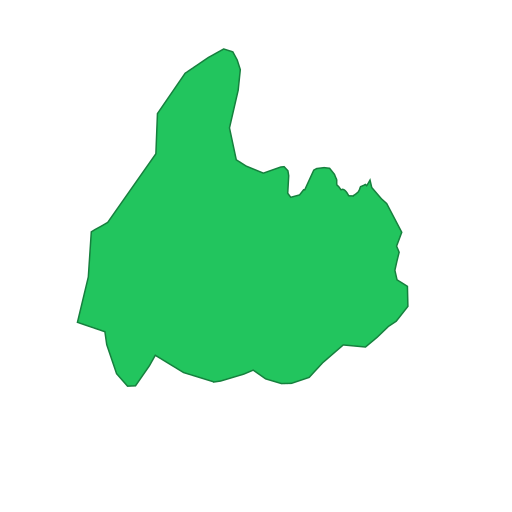 Ijebu North East, Ogun, Nigeria (Equal Earth projection), rotated 206°
{"feature_id": "59680162B36139632039116", "entity_name": "Ijebu North East", "entity_type": "district", "adm_level": 2, "iso_a3": "NGA", "parent_name": "Nigeria", "parent_adm1": "Ogun", "projection": "equal_earth", "projection_center": [3.998, 6.879], "detail": "fine", "context": "isolated", "style": "filled", "palette": "green", "viewbox_px": 512, "rotation_deg": 206, "n_neighbors": 0, "source": "geoboundaries", "source_scale": "gbopen_adm2", "svg_char_len": 1751}
<svg xmlns="http://www.w3.org/2000/svg" viewBox="0 0 512 512"><g transform="rotate(206 256 256)"><path d="M414.6,205.5L397.5,163.6L387.4,118.1L358.6,121.7L351.3,110.9L329.7,89.1L314.4,82.7L307.4,86.5L303.7,110.6L303.0,122.6L270.0,119.5L239.2,124.3L238.9,124.1L233.0,128.1L215.1,144.6L208.5,152.2L193.5,149.8L177.2,152.5L168.3,157.1L155.0,170.2L149.3,189.3L138.6,214.3L117.7,222.2L111.4,236.3L106.1,250.8L101.4,258.8L97.4,277.3L106.6,295.1L118.8,296.4L124.9,304.0L127.1,313.2L129.0,322.1L134.0,326.5L135.4,341.2L161.5,360.4L168.4,362.4L182.0,368.3L186.8,374.2L186.9,372.5L187.0,370.8L187.2,368.8L187.4,367.7L188.5,368.1L189.0,368.3L189.2,368.1L189.5,367.7L189.8,367.1L190.2,366.7L190.5,366.4L190.7,366.1L191.0,365.8L191.1,365.5L191.6,365.1L192.0,364.6L192.4,364.2L192.4,363.7L192.4,363.2L192.3,362.5L192.2,361.8L192.1,361.2L192.1,360.5L192.1,359.9L192.2,359.2L192.2,358.6L192.3,358.1L192.4,357.8L192.8,357.1L193.1,356.2L193.6,355.3L194.0,354.5L194.4,353.8L194.8,353.3L195.0,353.1L195.0,352.8L194.9,352.5L196.5,351.9L197.5,351.4L198.5,351.0L198.9,350.8L199.6,351.1L200.4,351.7L201.4,352.3L201.6,352.5L202.5,353.0L203.6,353.5L204.7,353.9L205.7,354.1L206.5,354.1L207.5,353.9L208.0,353.3L208.6,352.8L209.3,353.1L211.1,354.1L212.3,354.7L214.2,355.2L214.9,355.9L215.9,357.9L216.7,359.6L217.4,360.4L218.3,361.1L219.8,362.4L221.3,363.8L228.3,367.1L233.5,365.3L239.8,361.2L241.7,358.5L241.2,336.8L242.2,336.5L243.6,330.0L250.5,324.0L255.0,326.3L261.8,342.5L264.7,346.6L269.9,348.6L272.8,346.8L285.7,333.7L304.3,332.5L315.9,333.8L336.0,359.5L344.7,397.2L351.8,416.6L358.8,423.9L366.3,429.3L375.8,427.9L385.8,413.6L399.8,389.2L407.0,340.8L390.8,304.0L404.0,221.2L408.7,214.2L412.2,209.3L414.6,205.5Z" fill="#22c55e" stroke="#15803d" stroke-width="1.5"/></g></svg>